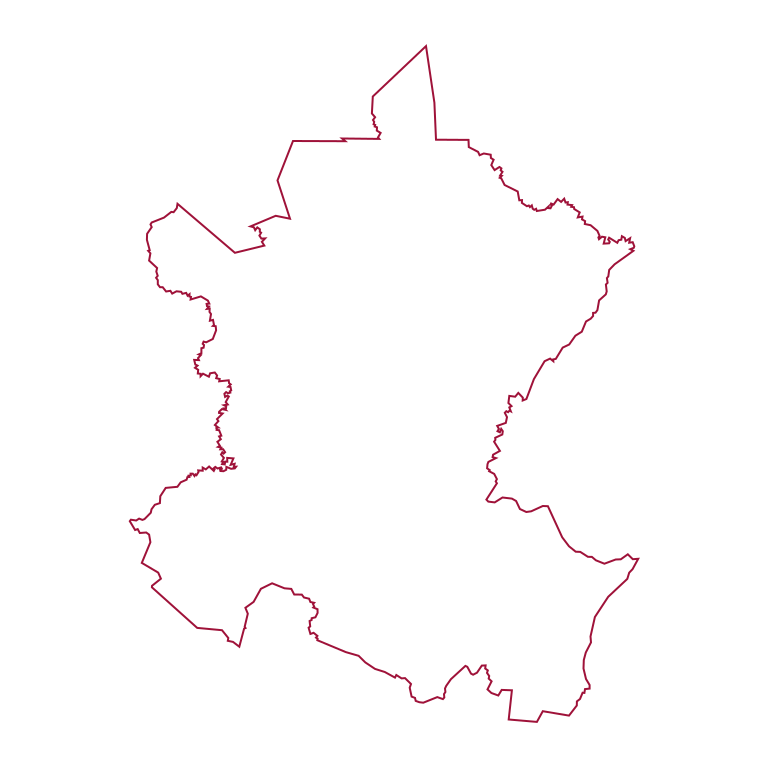 the district of Hastings District, Hawke's Bay, New Zealand
{"feature_id": "76426892B40769329119322", "entity_name": "Hastings District", "entity_type": "district", "adm_level": 2, "iso_a3": "NZL", "parent_name": "New Zealand", "parent_adm1": "Hawke's Bay", "projection": "robinson", "projection_center": [176.628, -39.374], "detail": "fine", "context": "isolated", "style": "outline", "palette": "rose", "viewbox_px": 768, "rotation_deg": 0, "n_neighbors": 0, "source": "geoboundaries", "source_scale": "gbopen_adm2", "svg_char_len": 6125}
<svg xmlns="http://www.w3.org/2000/svg" viewBox="0 0 768 768"><path d="M147.1,233.8L146.9,239.8L149.7,250.2L148.2,250.8L150.4,253.3L149.1,260.6L157.1,268.0L156.3,271.6L157.7,275.8L156.1,277.8L157.8,280.1L157.8,284.3L160.0,287.2L162.7,287.2L166.1,291.5L170.4,290.8L172.2,293.6L176.5,291.3L181.2,291.8L182.4,293.8L186.2,292.9L187.6,295.7L189.5,294.2L189.4,296.5L191.0,296.9L190.6,299.5L200.9,296.4L207.9,300.6L209.3,303.6L206.6,303.9L207.0,306.1L209.0,306.5L207.0,308.9L209.7,308.6L209.5,311.9L211.0,314.0L209.9,320.7L213.0,319.9L214.0,325.0L213.0,325.9L215.7,326.2L216.1,330.3L212.8,339.0L206.2,342.3L203.6,341.6L202.7,343.8L204.0,345.0L203.6,347.7L201.4,348.2L201.4,353.2L198.8,354.4L200.8,355.1L198.0,358.1L198.9,360.1L194.2,359.9L195.3,364.5L197.5,365.6L195.0,367.8L198.2,369.8L197.8,373.5L200.6,373.8L200.6,376.2L203.0,373.7L208.9,376.7L210.1,373.3L214.8,372.5L217.1,375.5L216.2,378.2L219.7,379.0L219.2,381.3L228.7,380.3L229.1,383.2L230.7,384.4L228.3,386.7L230.5,387.0L231.2,390.4L229.8,391.3L230.3,392.6L228.0,393.3L226.1,392.1L224.4,393.8L225.1,396.9L227.4,395.6L228.8,396.5L225.7,402.1L227.7,404.5L224.0,405.2L226.2,406.3L226.0,408.3L224.3,408.4L225.7,409.9L221.9,409.1L219.1,411.8L219.0,412.9L222.6,413.5L217.0,419.1L218.4,421.1L214.9,425.0L218.2,427.5L215.6,427.7L216.9,428.2L216.6,429.9L219.1,430.2L221.3,435.7L219.1,436.4L220.8,439.2L217.4,441.8L219.9,445.8L218.1,446.9L221.3,447.6L220.4,449.3L223.1,449.2L225.1,452.2L223.6,453.6L222.3,452.3L221.0,454.5L223.9,457.9L221.8,461.5L223.3,461.9L222.1,464.1L224.7,464.4L225.3,461.6L227.3,461.7L227.2,457.9L233.4,458.4L230.7,464.8L234.6,463.8L233.8,466.8L236.1,466.7L234.8,468.4L231.1,468.8L226.4,466.9L226.2,469.8L223.5,471.2L220.4,471.0L220.1,469.7L221.9,468.8L221.1,467.4L217.6,468.5L215.3,466.9L213.3,468.6L214.6,469.3L213.8,470.9L209.1,466.5L205.8,469.4L202.7,467.6L202.7,470.7L198.2,470.4L198.5,472.0L196.5,475.2L195.4,474.4L194.5,476.0L192.8,473.7L190.6,473.7L190.8,475.4L188.6,475.7L189.2,477.0L187.4,477.1L186.6,479.7L180.7,482.3L177.4,486.8L165.7,487.9L160.3,496.2L159.9,503.1L154.8,504.8L151.5,509.3L150.8,512.7L144.5,519.1L142.4,519.9L139.1,518.6L136.2,520.5L130.9,519.7L129.8,521.2L135.1,530.0L137.7,529.1L139.8,533.0L146.2,532.5L149.1,534.6L150.4,542.2L141.8,562.9L158.2,572.6L160.9,578.7L152.0,585.8L151.9,587.3L197.2,627.9L222.0,630.2L228.3,638.0L227.8,640.8L233.0,641.9L239.3,646.7L244.1,628.6L245.5,628.0L244.7,626.7L247.8,613.7L245.4,607.8L253.6,601.9L260.9,588.8L272.1,583.3L284.5,588.3L291.3,588.9L294.2,594.5L301.8,594.6L304.0,597.5L309.1,598.7L310.4,602.0L314.1,602.8L313.0,604.0L314.2,606.6L313.3,607.5L317.5,609.2L317.6,612.9L315.4,617.3L311.7,618.2L311.6,620.0L309.6,621.0L310.2,626.4L308.6,627.7L310.4,633.9L313.6,632.8L317.4,635.9L316.0,637.6L317.6,638.6L317.3,640.2L345.8,652.1L358.6,655.8L365.3,662.4L375.0,668.9L384.8,672.0L395.0,677.6L396.3,675.0L401.6,678.4L405.0,678.1L411.0,684.0L409.7,687.7L411.6,696.6L415.0,697.9L415.7,700.9L419.3,702.2L423.3,702.7L437.3,697.1L442.9,699.1L444.3,697.5L444.0,694.1L445.4,692.0L445.0,688.5L446.2,685.9L450.9,679.2L465.4,665.9L467.3,666.8L471.0,673.6L473.1,674.7L477.0,672.7L481.8,665.6L485.6,665.4L485.2,668.5L487.8,670.4L487.0,672.9L489.2,676.0L488.7,678.6L491.6,681.3L487.5,689.4L491.4,693.0L498.3,695.5L501.7,689.9L511.9,690.3L508.7,719.5L536.9,721.9L542.8,711.2L569.0,715.6L576.8,705.5L576.9,701.4L580.0,699.0L582.6,692.7L584.4,692.9L585.0,689.1L589.6,688.6L589.6,685.0L586.0,679.0L583.5,668.5L583.8,660.0L585.8,652.5L591.0,642.4L590.5,636.5L594.9,617.0L608.2,596.8L627.3,578.9L629.2,572.7L632.6,569.1L638.2,558.8L632.8,559.2L627.8,554.3L620.8,559.3L615.7,559.5L604.4,563.7L595.9,560.3L591.9,556.9L587.9,556.8L580.3,551.9L575.7,551.7L569.0,546.3L562.2,537.3L547.9,506.2L542.8,506.0L531.2,511.3L526.3,512.0L519.9,509.0L516.1,501.0L511.9,498.6L502.5,497.5L494.7,502.4L488.3,501.6L486.4,499.6L496.9,483.3L495.7,481.4L496.9,479.1L494.2,473.9L489.1,471.2L489.7,470.1L487.1,468.3L487.5,464.2L488.4,461.9L495.9,458.1L492.6,457.1L493.1,454.7L499.9,450.9L494.1,441.7L495.4,439.9L495.2,437.8L502.3,434.5L502.8,431.2L501.2,428.9L499.9,432.3L497.5,431.2L498.9,428.9L497.2,425.9L505.8,422.9L507.0,417.1L504.8,412.8L506.3,411.2L508.1,412.2L509.5,410.6L510.8,411.3L509.3,407.4L511.5,406.1L508.4,403.0L509.3,395.9L515.2,396.7L518.3,392.9L522.8,397.6L522.7,400.5L526.4,399.0L533.9,379.1L544.6,361.2L550.1,358.6L553.3,361.2L553.2,359.4L555.8,358.9L562.7,347.6L569.2,344.5L575.4,335.7L581.8,331.7L586.0,321.5L590.7,318.7L593.1,316.0L593.1,312.9L595.5,312.7L597.4,310.1L599.1,300.4L605.8,294.4L606.7,291.4L605.9,284.5L607.6,282.8L606.9,278.1L608.3,276.4L609.2,269.9L614.6,264.3L633.4,250.8L630.3,249.2L633.8,247.8L634.3,246.3L632.7,242.2L629.2,242.7L630.1,238.2L625.6,241.1L624.8,237.9L621.9,236.2L621.3,239.7L618.6,240.2L617.3,242.8L609.1,237.7L608.2,239.5L609.8,241.9L609.1,243.3L603.7,243.6L605.3,237.3L602.0,236.7L599.0,239.2L598.4,237.4L599.6,235.9L597.4,230.9L590.6,225.2L584.8,224.0L585.1,221.1L582.0,219.4L582.5,216.6L577.8,217.4L579.7,212.4L574.2,209.0L574.0,207.2L571.2,206.8L572.1,205.1L567.5,204.6L567.8,202.2L565.5,202.5L564.2,198.7L561.1,201.9L557.6,199.1L553.6,204.6L551.1,203.5L550.6,204.6L551.9,205.6L550.5,208.3L548.3,208.1L548.6,206.4L545.0,209.7L536.8,211.0L536.1,208.8L534.2,209.8L532.7,208.7L531.8,205.4L529.9,207.1L528.8,205.5L526.9,206.2L521.9,202.9L522.0,200.1L519.3,200.3L517.7,191.5L504.6,185.0L501.3,178.4L499.8,177.8L501.7,175.9L500.1,175.6L502.5,171.8L500.7,170.4L501.4,168.4L499.4,167.0L494.6,170.1L491.3,165.1L493.6,159.7L490.9,158.0L490.7,154.7L483.8,153.5L479.6,155.2L478.1,151.9L468.8,147.1L468.5,139.9L436.0,139.7L434.4,102.7L426.0,46.1L372.8,96.5L371.9,113.5L375.1,117.2L373.0,120.0L374.2,121.9L373.6,124.3L375.2,124.9L374.7,126.5L377.0,127.3L376.8,130.6L380.6,132.9L378.0,137.4L379.2,138.9L342.1,138.5L345.3,141.2L293.0,141.0L277.5,180.4L290.0,218.7L275.7,215.8L250.5,226.4L253.9,227.3L255.2,230.2L257.3,227.4L259.9,229.3L259.8,231.8L261.1,232.7L259.4,235.6L261.4,238.6L265.1,238.4L261.9,241.8L264.3,245.6L234.9,252.8L177.5,203.8L176.8,208.1L173.6,212.2L171.3,211.9L164.0,217.6L151.7,222.5L150.5,224.4L151.7,227.1L147.1,233.8Z" fill="none" stroke="#9f1239" stroke-width="2"/></svg>